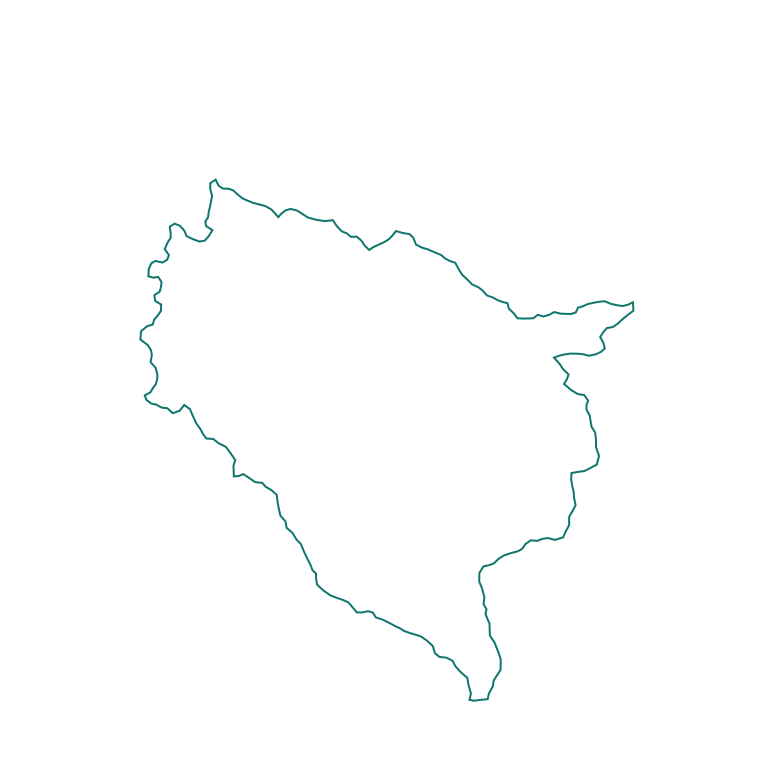 the district of São Tiago, Minas Gerais, Brazil, rotated 125°
{"feature_id": "56859067B90152624150302", "entity_name": "São Tiago", "entity_type": "district", "adm_level": 2, "iso_a3": "BRA", "parent_name": "Brazil", "parent_adm1": "Minas Gerais", "projection": "albers", "projection_center": [-44.566, -20.944], "detail": "fine", "context": "isolated", "style": "outline", "palette": "teal", "viewbox_px": 768, "rotation_deg": 125, "n_neighbors": 0, "source": "geoboundaries", "source_scale": "gbopen_adm2", "svg_char_len": 3874}
<svg xmlns="http://www.w3.org/2000/svg" viewBox="0 0 768 768"><g transform="rotate(125 384 384)"><path d="M313.2,639.1L319.3,641.5L324.2,637.9L328.4,632.8L333.6,630.4L339.0,628.1L344.1,626.0L348.5,623.7L353.2,623.7L356.6,620.5L356.4,612.8L363.5,612.4L369.4,613.1L373.1,616.8L374.8,623.1L376.1,630.5L373.0,635.4L371.4,641.8L372.8,647.5L378.0,649.7L382.6,645.5L386.8,642.5L391.6,642.5L399.3,641.0L401.8,634.1L406.5,632.9L411.6,635.2L414.3,641.8L418.4,643.8L424.3,642.8L430.9,638.9L429.2,633.9L425.8,630.4L428.1,624.7L432.5,622.3L437.1,620.7L443.0,623.1L447.2,618.9L446.7,612.1L452.2,608.7L458.2,608.6L462.9,609.2L468.0,607.6L472.4,611.1L480.0,613.3L487.3,609.1L487.6,600.0L489.8,594.5L493.1,591.0L500.1,587.6L501.6,580.5L506.5,574.8L510.5,572.4L515.2,570.8L519.8,571.0L524.7,570.5L530.6,573.4L533.3,569.3L533.5,563.4L531.5,558.7L530.9,552.7L528.1,547.5L529.1,540.3L523.2,536.1L515.8,535.6L515.9,528.5L519.5,522.7L523.8,515.4L526.2,508.7L528.7,503.7L530.6,498.3L527.0,492.4L527.4,485.7L526.2,477.5L529.2,468.5L531.7,462.2L537.3,460.4L541.2,457.5L545.8,454.0L542.9,450.4L538.5,447.5L538.3,440.4L538.3,433.3L534.8,427.0L536.1,422.0L535.5,415.6L536.3,408.3L541.9,403.3L546.8,398.3L551.3,393.3L553.0,386.0L557.7,381.2L558.4,373.8L561.7,366.2L562.8,360.2L566.7,354.2L570.7,347.3L574.2,340.7L577.6,335.7L578.3,330.8L582.1,328.3L586.8,323.6L587.9,315.3L587.9,306.6L586.2,299.8L584.5,293.9L583.3,288.0L584.8,282.1L586.7,275.3L583.7,270.9L579.2,266.7L577.6,261.9L579.9,256.9L577.9,250.3L576.7,242.9L575.9,235.8L575.0,230.9L574.8,225.9L573.1,219.8L570.8,213.0L569.6,208.3L569.6,201.6L570.6,193.8L575.3,187.8L575.8,182.2L572.3,175.7L571.4,169.0L574.3,163.5L575.8,157.2L577.0,147.0L581.0,143.3L584.3,139.4L587.8,135.2L593.7,132.8L591.7,128.4L587.9,124.4L582.7,118.3L577.5,120.5L569.1,121.5L563.9,124.1L558.3,124.3L551.5,124.5L546.6,127.7L542.4,130.7L539.4,134.6L536.2,139.4L532.5,144.9L529.3,153.0L524.4,156.7L519.8,160.1L517.0,164.6L514.1,169.0L509.7,170.9L507.2,176.2L501.3,179.3L497.6,183.5L494.7,187.2L491.2,192.7L484.1,197.5L476.3,197.9L471.8,193.7L467.8,191.1L461.2,189.8L455.3,187.2L449.7,183.0L444.0,178.2L439.8,176.3L433.8,176.3L427.8,174.0L424.6,168.5L420.2,165.6L416.2,161.4L413.6,154.5L406.9,149.3L400.3,150.6L393.4,151.4L386.7,156.1L380.3,156.7L373.4,157.5L368.3,163.0L363.4,166.9L359.3,171.6L354.8,176.0L349.4,179.3L344.0,174.0L340.6,170.1L335.2,167.1L328.0,163.5L319.6,166.6L314.2,174.0L307.9,178.5L302.5,183.4L300.1,189.3L296.3,193.2L291.8,197.4L289.0,203.2L285.1,206.1L280.6,207.2L278.2,213.7L281.1,219.5L281.6,226.7L280.7,236.6L275.0,236.9L270.3,238.3L268.9,246.6L266.9,251.3L264.9,259.8L260.8,257.1L256.4,253.2L252.3,248.9L247.9,242.4L245.5,238.2L243.5,232.6L238.0,227.4L233.5,224.8L228.3,223.5L224.4,227.9L221.6,233.8L215.6,234.1L210.3,233.5L206.2,229.3L200.5,227.1L195.5,226.1L188.0,224.1L180.9,221.7L174.3,227.0L179.2,229.6L183.3,233.3L186.1,239.0L188.2,244.1L189.7,250.8L192.7,254.3L197.3,259.0L202.0,263.2L206.2,265.6L210.3,268.9L215.3,267.9L219.5,271.1L222.5,275.6L225.1,279.8L227.4,285.8L232.7,288.4L237.2,292.1L239.1,297.7L244.3,299.2L247.2,302.9L250.6,307.6L253.6,312.3L251.7,318.2L250.6,324.9L247.0,329.2L248.9,334.2L250.2,339.2L250.7,344.4L252.4,350.5L250.8,357.1L250.7,362.9L251.9,368.9L250.5,376.6L249.7,382.6L246.8,389.4L243.8,395.1L245.5,400.7L246.1,405.5L245.6,411.5L247.1,418.1L248.6,425.5L250.5,431.0L251.5,437.7L247.4,443.8L246.6,449.1L249.6,455.4L251.8,461.9L257.4,462.2L262.5,463.0L267.5,465.1L272.9,468.3L278.3,471.4L282.7,473.0L281.7,479.3L279.5,484.8L279.0,490.9L282.5,495.6L281.9,500.8L283.2,506.1L281.7,513.4L279.1,519.8L284.6,526.0L288.2,533.4L291.3,541.8L291.5,548.2L291.8,555.0L294.3,561.1L298.4,564.3L303.4,565.8L308.0,566.3L306.8,571.0L305.6,576.6L306.4,583.6L308.5,589.2L310.8,595.5L312.0,600.7L313.1,606.3L312.7,612.9L311.9,618.3L313.2,623.4L316.4,628.1L316.4,633.3L313.2,639.1Z" fill="none" stroke="#0f766e" stroke-width="2"/></g></svg>